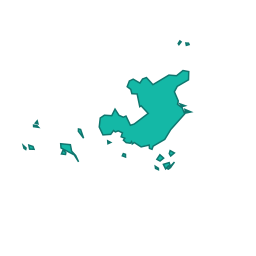 Basilan, Basilan, Philippines (orthographic projection), rotated 326°
{"feature_id": "2640588B29921835743372", "entity_name": "Basilan", "entity_type": "district", "adm_level": 2, "iso_a3": "PHL", "parent_name": "Philippines", "parent_adm1": "Basilan", "projection": "orthographic", "projection_center": [121.96, 6.593], "detail": "medium", "context": "isolated", "style": "filled", "palette": "teal", "viewbox_px": 256, "rotation_deg": 326, "n_neighbors": 0, "source": "geoboundaries", "source_scale": "gbopen_adm2", "svg_char_len": 1903}
<svg xmlns="http://www.w3.org/2000/svg" viewBox="0 0 256 256"><g transform="rotate(326 128 128)"><path d="M127.8,105.1L121.4,108.7L115.6,104.2L110.6,104.2L104.7,111.1L103.4,119.7L110.1,123.6L114.6,122.0L115.3,124.2L118.3,124.9L120.7,128.9L117.4,131.4L119.6,134.7L117.4,135.5L118.3,139.1L121.4,141.9L123.3,141.3L122.6,143.6L125.1,143.6L128.3,151.0L136.0,154.0L134.4,156.9L136.0,159.1L138.7,157.1L152.1,158.0L162.5,153.2L182.9,148.0L184.2,141.6L182.3,136.0L184.8,133.7L186.7,123.9L192.2,121.0L205.1,121.9L209.9,115.2L205.7,111.1L197.5,111.8L191.5,107.0L172.9,106.0L171.5,96.5L167.5,95.5L163.0,97.4L159.6,90.4L155.4,89.8L150.4,93.3L151.9,97.5L150.4,101.7L154.6,104.9L149.7,116.9L151.3,116.9L152.9,127.2L135.4,128.2L131.5,127.1L133.0,117.0L130.1,116.4L127.6,112.4L127.8,105.1ZM63.4,103.4L61.3,107.1L68.4,120.2L68.1,128.4L69.2,121.5L68.3,115.7L70.9,109.6L63.4,103.4ZM137.0,177.9L136.3,182.9L140.3,182.0L140.8,184.3L137.7,183.4L138.5,184.7L140.9,184.6L147.5,182.2L141.7,183.5L142.8,179.7L137.0,177.9ZM139.5,168.0L134.4,170.1L136.1,173.3L140.7,172.9L139.5,168.0ZM86.4,101.1L85.0,103.0L85.5,111.6L87.9,102.7L86.4,101.1ZM36.2,86.7L34.6,90.5L38.2,93.1L38.9,90.2L36.2,86.7ZM61.9,109.9L58.3,112.3L61.4,115.0L62.7,113.7L61.9,109.9ZM150.3,170.3L147.9,172.3L147.7,175.1L152.5,174.6L150.3,170.3ZM109.8,146.6L107.7,147.9L109.7,150.7L111.2,148.4L109.8,146.6ZM185.6,144.4L184.8,146.2L186.0,147.4L184.2,147.3L183.8,147.7L189.2,149.9L185.6,144.4ZM129.2,174.9L128.2,176.9L129.9,179.6L130.7,178.4L129.2,174.9ZM51.3,72.8L50.5,74.1L54.2,77.4L53.8,74.9L51.3,72.8ZM219.7,84.8L216.8,86.1L216.8,87.4L220.2,86.3L219.7,84.8ZM187.8,141.5L184.6,137.1L185.0,140.6L187.8,141.5ZM223.5,89.9L222.6,92.1L225.3,93.0L225.6,91.5L223.5,89.9ZM104.0,127.3L102.6,129.8L105.6,130.3L104.0,127.3ZM56.7,71.3L53.9,72.1L55.7,74.2L56.7,71.3ZM31.4,83.8L30.4,86.7L31.2,88.6L32.3,87.6L31.4,83.8Z" fill="#14b8a6" stroke="#0f766e" stroke-width="1.5"/></g></svg>